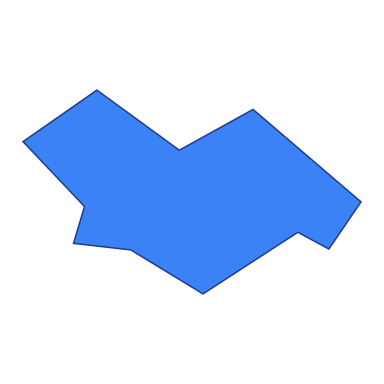 Kattakurgan city, Samarkand, Uzbekistan (orthographic projection)
{"feature_id": "79887680B69055285128401", "entity_name": "Kattakurgan city", "entity_type": "district", "adm_level": 2, "iso_a3": "UZB", "parent_name": "Uzbekistan", "parent_adm1": "Samarkand", "projection": "orthographic", "projection_center": [66.273, 39.857], "detail": "fine", "context": "isolated", "style": "filled", "palette": "blue", "viewbox_px": 384, "rotation_deg": 0, "n_neighbors": 0, "source": "geoboundaries", "source_scale": "gbopen_adm2", "svg_char_len": 269}
<svg xmlns="http://www.w3.org/2000/svg" viewBox="0 0 384 384"><path d="M96.9,90.1L23.0,141.6L84.5,206.5L73.5,243.4L130.7,249.9L203.0,293.9L297.8,232.3L328.9,249.0L361.0,201.9L253.0,109.4L179.3,150.2L96.9,90.1Z" fill="#3b82f6" stroke="#1e3a8a" stroke-width="1.5"/></svg>